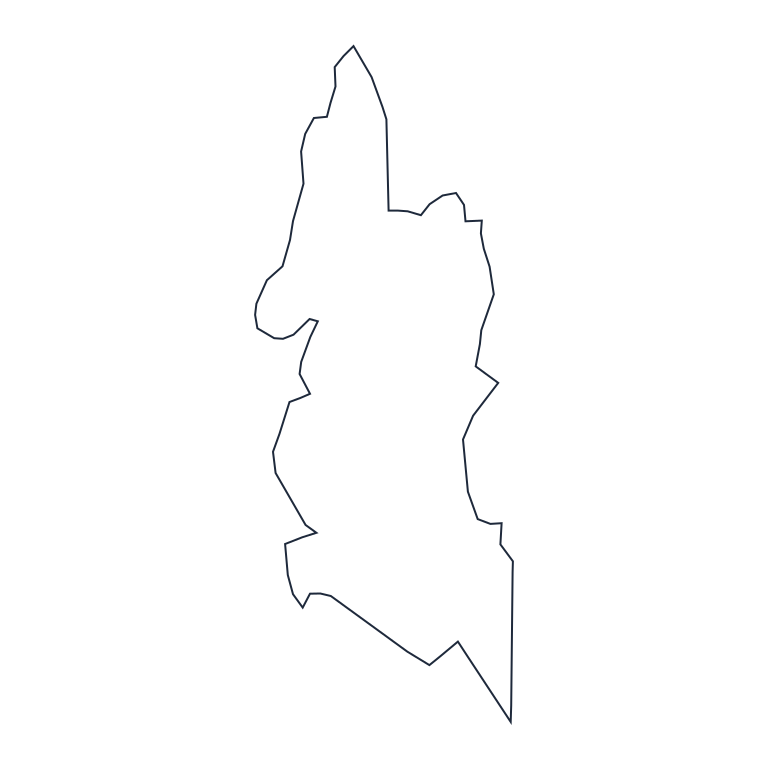 the district of São Vicente Férrer, Pernambuco, Brazil
{"feature_id": "56859067B99318407457286", "entity_name": "São Vicente Férrer", "entity_type": "district", "adm_level": 2, "iso_a3": "BRA", "parent_name": "Brazil", "parent_adm1": "Pernambuco", "projection": "equal_earth", "projection_center": [-35.495, -7.602], "detail": "fine", "context": "isolated", "style": "outline", "palette": "slate", "viewbox_px": 768, "rotation_deg": 0, "n_neighbors": 0, "source": "geoboundaries", "source_scale": "gbopen_adm2", "svg_char_len": 1070}
<svg xmlns="http://www.w3.org/2000/svg" viewBox="0 0 768 768"><path d="M285.1,544.0L287.8,575.0L293.0,594.2L302.7,607.6L310.0,593.7L320.3,593.5L330.8,596.0L407.4,651.7L429.4,665.1L440.4,656.2L457.9,641.6L467.9,656.9L510.7,721.9L511.2,705.5L512.6,572.0L512.9,561.3L500.4,544.4L501.6,523.2L490.4,523.9L477.7,519.1L467.9,491.7L463.0,439.5L473.1,415.7L498.2,382.9L475.7,366.4L479.9,344.1L481.3,330.2L493.8,294.3L489.6,266.7L483.8,248.7L480.9,233.4L481.8,220.6L465.5,221.3L464.0,204.9L456.0,193.0L442.6,195.5L429.6,204.2L420.9,215.2L407.7,211.3L397.9,210.6L388.6,210.6L386.4,119.3L382.5,107.0L371.6,77.1L353.5,46.1L343.5,56.1L334.7,67.1L335.5,86.5L330.5,102.9L326.9,116.8L313.9,118.0L305.2,133.9L301.1,151.5L303.5,183.7L293.0,221.1L290.0,240.0L282.5,266.3L266.9,280.2L256.4,303.7L255.1,314.9L257.4,328.3L274.2,338.2L283.0,338.8L293.5,334.7L309.6,319.0L317.8,321.3L310.3,337.0L301.2,361.9L299.6,374.0L310.0,393.8L300.5,397.9L289.5,402.0L279.5,433.8L273.0,451.8L275.6,473.0L305.6,525.0L316.4,532.8L302.2,537.3L285.1,544.0Z" fill="none" stroke="#1e293b" stroke-width="2"/></svg>